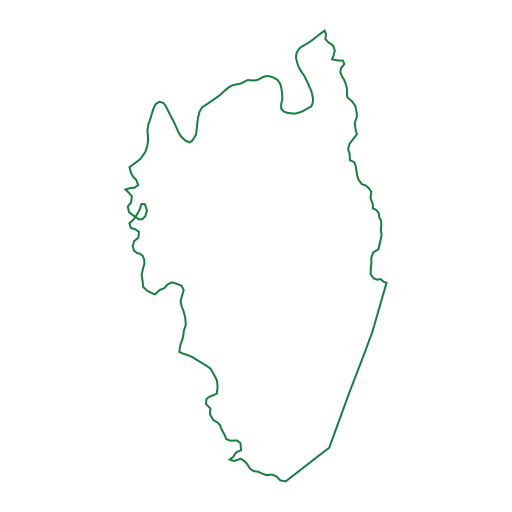 Irineópolis, Santa Catarina, Brazil
{"feature_id": "56859067B50137871247887", "entity_name": "Irineópolis", "entity_type": "district", "adm_level": 2, "iso_a3": "BRA", "parent_name": "Brazil", "parent_adm1": "Santa Catarina", "projection": "equal_earth", "projection_center": [-50.782, -26.356], "detail": "fine", "context": "isolated", "style": "outline", "palette": "green", "viewbox_px": 512, "rotation_deg": 0, "n_neighbors": 0, "source": "geoboundaries", "source_scale": "gbopen_adm2", "svg_char_len": 3296}
<svg xmlns="http://www.w3.org/2000/svg" viewBox="0 0 512 512"><path d="M129.5,167.1L130.8,172.3L133.0,176.7L136.1,179.7L138.2,185.0L134.4,187.7L130.0,188.1L125.5,189.5L128.4,192.3L131.9,196.2L131.1,202.4L127.7,206.7L129.1,212.2L135.4,217.0L133.0,220.1L129.4,223.1L130.8,227.9L135.4,229.4L139.0,231.9L138.4,237.7L134.1,241.1L132.7,246.6L134.1,250.8L137.0,253.0L139.9,253.7L142.8,256.0L144.3,260.0L144.3,264.0L143.1,268.4L141.6,274.7L142.7,281.6L143.1,286.8L146.7,290.4L151.0,292.7L155.0,294.4L159.7,290.0L164.4,288.1L167.7,284.3L172.2,282.3L177.7,284.2L181.7,285.8L183.7,290.2L181.8,296.5L180.6,301.1L181.5,305.9L183.4,310.8L185.2,317.4L185.8,324.7L183.8,330.9L183.2,336.3L182.1,340.3L180.3,345.1L179.3,351.9L183.2,353.7L186.2,354.6L189.4,355.8L192.8,357.3L196.0,359.4L198.7,361.0L203.1,363.7L206.7,365.9L210.6,368.8L213.6,374.0L215.6,377.6L217.0,380.9L217.6,387.1L216.7,393.7L212.8,395.4L209.2,396.9L206.4,399.1L206.0,404.0L210.4,408.5L210.0,414.3L213.3,420.1L217.2,422.3L219.9,424.8L221.6,429.5L224.1,433.9L226.3,439.0L230.2,440.7L233.8,440.6L237.1,440.5L240.5,443.2L241.0,450.3L236.1,452.4L233.2,456.8L229.7,459.6L234.3,461.0L240.7,458.7L244.8,461.4L247.3,464.3L250.1,468.8L253.7,471.2L257.7,471.6L262.8,473.8L266.4,475.1L272.2,474.6L276.5,476.5L280.5,480.5L285.8,481.3L319.3,455.3L329.2,447.8L349.4,392.4L365.7,350.0L369.0,340.9L372.2,332.5L386.5,282.8L383.6,281.8L380.6,279.1L377.3,279.7L373.8,278.4L370.6,274.3L370.8,268.5L371.4,262.9L371.3,257.8L373.1,252.5L378.4,249.3L379.5,244.9L380.6,239.9L381.6,234.6L380.8,230.0L381.3,225.6L381.1,220.8L379.2,217.0L378.8,213.2L376.3,210.0L373.0,208.4L372.7,203.8L370.5,198.4L371.3,191.7L368.4,187.7L365.5,185.4L361.7,184.1L358.6,179.7L357.3,175.9L356.5,171.2L355.7,166.2L354.2,162.2L350.0,160.2L349.5,153.5L348.1,149.2L349.5,143.9L353.3,138.8L356.9,134.4L355.6,129.6L354.7,123.0L356.9,116.8L356.7,112.6L355.3,105.8L351.9,101.2L347.3,97.4L347.0,93.5L346.9,88.2L345.4,83.0L344.0,79.6L342.0,76.5L340.3,72.3L341.1,67.9L344.4,64.1L342.8,60.5L337.9,60.5L332.1,59.3L333.8,54.9L334.8,50.5L332.9,45.3L328.5,42.5L325.4,39.1L326.0,34.1L324.6,30.7L320.3,33.7L315.8,37.3L312.4,40.0L308.5,42.7L304.8,44.8L301.6,46.7L298.5,49.4L296.4,53.4L296.0,57.8L297.1,62.4L298.5,66.6L300.8,70.9L304.1,75.6L307.4,82.1L309.4,86.7L311.2,90.6L312.3,95.0L313.0,98.7L312.7,102.7L311.4,106.3L307.8,108.4L303.9,110.5L301.2,111.9L298.4,112.7L295.3,113.6L291.4,113.4L287.2,112.8L283.8,111.5L281.2,108.6L281.2,104.4L282.4,98.5L281.9,91.5L281.2,87.4L280.1,83.6L277.2,79.6L273.5,77.6L270.7,76.5L266.4,76.0L261.9,77.5L258.4,79.6L254.5,80.5L250.9,80.3L247.6,80.1L244.6,81.5L241.0,83.5L237.1,84.3L232.4,85.3L229.4,87.0L226.6,89.0L224.2,91.1L221.3,93.9L218.7,96.0L215.2,98.5L211.2,101.3L208.2,103.3L205.4,105.2L202.1,107.3L199.5,111.7L198.0,117.8L197.3,123.5L196.6,130.0L196.0,134.6L194.2,137.7L192.1,140.9L189.4,142.4L185.5,140.7L181.2,136.7L178.6,132.5L176.7,128.2L174.9,124.1L172.7,119.7L169.8,114.2L167.5,109.6L165.4,105.4L163.2,102.9L159.6,101.8L156.0,103.8L154.0,107.3L152.4,111.9L150.2,119.3L148.2,125.0L147.4,130.8L148.0,136.3L148.0,141.9L147.2,146.3L145.5,151.6L143.0,155.3L140.3,158.9L136.9,161.7L133.3,164.4L129.5,167.1ZM135.4,217.0L139.4,210.3L141.5,204.0L144.9,204.2L147.0,210.5L145.3,216.2L142.4,219.1L139.1,219.5L135.4,217.0Z" fill="none" stroke="#15803d" stroke-width="2"/></svg>